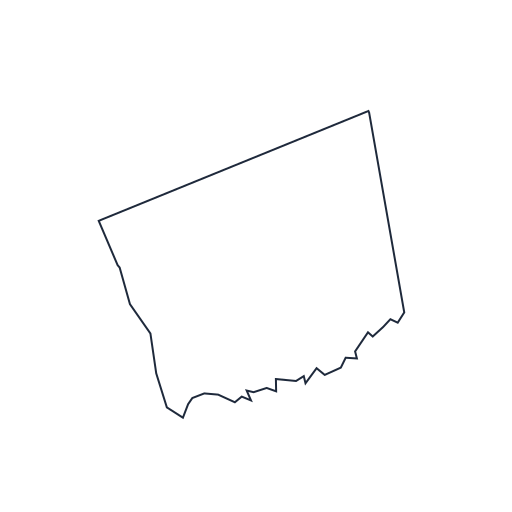 the district of Caldwell, Texas, United States of America, rotated 293°
{"feature_id": "52423323B77410024444051", "entity_name": "Caldwell", "entity_type": "district", "adm_level": 2, "iso_a3": "USA", "parent_name": "United States of America", "parent_adm1": "Texas", "projection": "robinson", "projection_center": [-97.731, 29.852], "detail": "fine", "context": "isolated", "style": "outline", "palette": "slate", "viewbox_px": 512, "rotation_deg": 293, "n_neighbors": 0, "source": "geoboundaries", "source_scale": "gbopen_adm2", "svg_char_len": 630}
<svg xmlns="http://www.w3.org/2000/svg" viewBox="0 0 512 512"><g transform="rotate(293 256 256)"><path d="M230.5,101.0L226.9,97.5L193.5,132.2L192.1,135.0L162.4,158.8L143.4,189.1L109.0,210.0L81.8,233.1L78.6,251.9L93.1,251.4L100.4,252.9L109.3,262.1L113.6,275.3L113.1,293.7L121.0,297.8L121.1,307.8L128.5,300.0L129.7,307.0L138.7,317.4L139.3,327.4L150.5,322.4L156.6,341.7L164.1,346.9L158.2,351.3L176.4,355.6L173.4,365.7L186.4,377.7L197.4,378.3L201.1,388.9L206.9,384.5L229.5,388.9L227.5,394.9L240.4,400.8L250.3,404.4L250.0,412.5L262.0,414.5L432.2,304.1L433.4,302.8L230.5,101.0Z" fill="none" stroke="#1e293b" stroke-width="2"/></g></svg>